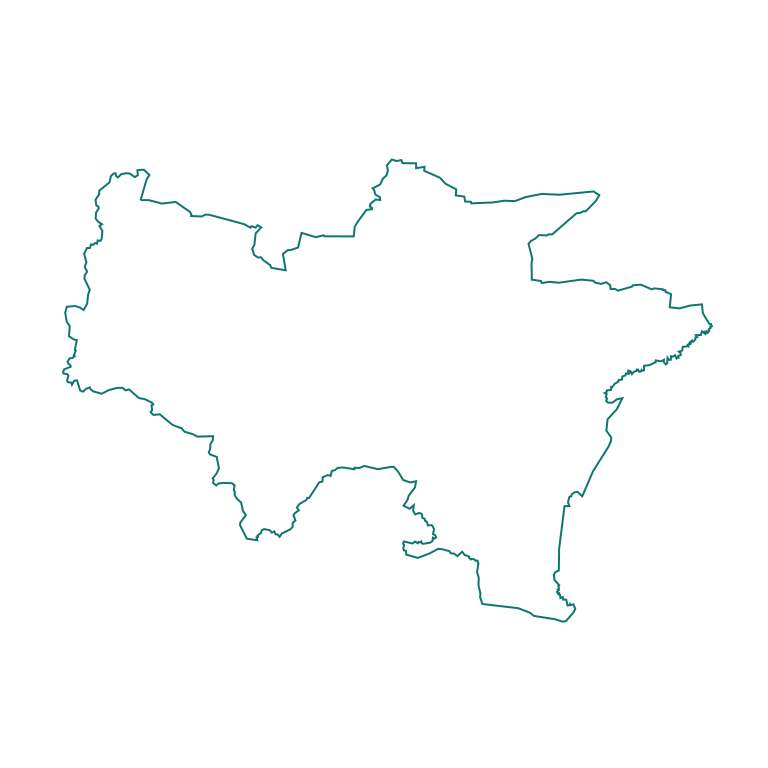 the district of Taphan Hin, Phichit, Thailand, rotated 4°
{"feature_id": "78962969B26930516350058", "entity_name": "Taphan Hin", "entity_type": "district", "adm_level": 2, "iso_a3": "THA", "parent_name": "Thailand", "parent_adm1": "Phichit", "projection": "mercator", "projection_center": [100.432, 16.199], "detail": "fine", "context": "isolated", "style": "outline", "palette": "teal", "viewbox_px": 768, "rotation_deg": 4, "n_neighbors": 0, "source": "geoboundaries", "source_scale": "gbopen_adm2", "svg_char_len": 6094}
<svg xmlns="http://www.w3.org/2000/svg" viewBox="0 0 768 768"><g transform="rotate(4 384 384)"><path d="M590.5,595.0L588.3,590.6L585.6,591.5L584.9,590.5L584.3,591.8L582.6,592.2L580.8,586.4L577.7,586.6L577.1,584.1L574.9,585.3L574.3,582.0L573.0,581.8L573.2,580.4L572.0,580.7L571.1,579.3L572.6,577.7L571.7,576.9L572.9,576.1L572.0,573.3L572.8,572.5L567.8,567.7L566.7,562.2L568.1,559.7L571.4,557.8L570.2,536.2L572.6,493.3L577.4,492.8L575.8,489.0L576.8,483.8L578.7,482.8L578.9,481.1L581.7,478.7L584.6,478.1L589.6,482.2L598.7,456.2L612.2,431.1L614.5,424.9L614.4,421.5L609.1,415.0L609.5,403.6L617.9,393.1L622.8,381.5L617.4,383.0L613.2,386.7L608.7,386.9L606.7,385.2L607.6,382.9L606.1,381.8L606.9,378.6L604.8,377.6L606.7,376.4L607.0,374.7L610.7,374.2L610.9,371.1L611.7,371.5L614.0,367.8L617.7,365.2L617.8,363.6L621.2,363.0L621.2,359.9L624.2,358.6L624.7,356.6L627.6,356.8L628.1,355.5L626.7,354.7L626.8,353.6L629.2,354.2L630.7,356.8L632.4,354.3L635.2,353.2L635.2,351.9L636.4,351.9L637.7,353.9L639.4,353.6L640.0,352.0L640.9,352.7L642.5,352.2L642.1,347.7L647.4,346.7L653.4,343.3L653.5,341.5L658.7,342.1L661.6,340.3L661.5,342.5L663.8,344.8L665.1,343.5L665.0,338.2L666.3,339.9L668.4,339.8L668.5,336.2L670.1,336.6L672.3,335.0L674.1,338.1L674.9,337.0L675.9,337.3L675.7,335.3L678.1,334.3L677.8,332.5L675.9,331.2L679.2,329.8L679.4,326.1L683.8,325.3L684.0,324.4L685.0,325.1L684.8,323.4L687.1,322.7L687.2,321.5L685.9,321.8L686.5,320.6L688.2,319.3L688.4,320.3L689.7,320.2L691.5,317.8L691.5,315.7L693.1,315.4L691.7,313.5L696.6,313.0L697.5,309.3L701.2,311.7L701.8,310.4L700.4,309.4L702.5,308.9L703.4,310.3L704.8,308.0L704.1,306.7L706.0,305.2L705.5,304.0L707.0,303.5L706.0,301.3L704.3,301.3L698.4,293.0L697.0,290.5L695.6,282.4L683.8,284.4L673.7,287.9L663.7,287.6L664.1,274.3L658.4,272.4L658.2,270.9L655.6,270.8L655.4,270.0L646.7,269.8L644.5,270.9L633.4,267.0L625.3,268.2L624.5,269.6L610.7,274.6L608.0,273.1L603.5,273.5L602.7,269.6L598.6,267.0L593.6,269.0L587.2,268.0L585.7,266.4L573.4,266.1L551.3,270.8L542.1,270.5L535.2,272.1L534.0,272.0L533.5,270.3L524.2,269.6L522.8,254.0L523.2,248.7L518.4,234.1L520.4,231.2L524.5,228.6L528.3,224.6L535.9,224.5L538.0,223.2L541.4,223.0L564.2,200.2L568.0,199.5L571.3,197.6L573.2,197.7L582.4,186.9L585.6,180.6L579.6,177.3L546.3,182.9L528.1,183.4L512.1,187.7L502.0,192.4L490.9,192.8L480.0,195.3L458.5,197.7L458.0,196.2L452.2,196.3L451.1,191.5L442.5,190.8L442.5,184.8L431.7,180.1L425.3,174.3L409.2,168.5L409.3,164.5L401.0,166.5L400.6,161.6L387.2,162.4L385.7,159.4L381.0,160.7L376.1,159.5L371.7,165.8L373.0,170.9L372.0,175.6L368.5,179.3L366.2,185.3L359.0,189.6L360.5,190.9L362.2,195.6L367.0,198.1L367.4,200.7L362.7,200.6L357.9,205.2L357.5,207.9L359.7,209.2L359.8,210.4L354.3,211.6L346.6,223.7L343.8,229.4L343.5,238.9L314.2,240.8L313.4,239.9L305.7,242.3L291.2,239.0L288.7,253.9L281.0,257.1L278.7,257.1L274.1,261.4L278.0,277.4L263.5,276.0L262.2,273.4L254.9,268.9L252.7,266.2L249.3,266.6L245.4,264.2L243.1,258.3L245.0,254.0L245.5,242.6L250.6,236.3L246.8,234.4L245.0,237.0L240.8,235.8L239.8,237.4L233.4,234.3L197.4,227.3L194.0,227.5L190.4,229.6L179.9,229.9L180.0,228.2L178.2,225.7L163.4,216.9L150.0,219.5L136.7,217.0L129.4,217.5L128.5,216.9L133.0,196.2L135.4,191.9L129.5,187.0L123.1,187.9L123.9,192.9L120.9,195.0L115.9,191.8L112.1,191.7L107.3,193.0L104.2,196.5L102.2,195.2L101.4,192.5L99.4,193.1L97.1,195.6L96.1,202.0L86.5,211.0L86.6,214.6L83.4,220.3L84.5,225.8L86.8,227.0L87.1,228.9L84.8,233.1L84.8,239.1L88.0,242.4L91.6,244.3L89.1,246.1L92.4,251.0L92.2,259.1L91.0,261.1L88.4,260.7L87.9,264.0L85.8,263.6L83.9,265.6L82.1,265.1L81.0,269.0L78.3,269.0L75.7,275.0L78.7,283.3L77.3,288.1L80.0,292.7L77.9,296.5L77.8,299.8L83.9,310.5L82.6,315.6L82.3,324.6L79.1,331.2L75.8,329.1L70.5,327.7L62.2,329.1L61.0,335.0L63.1,343.7L66.5,348.2L66.4,358.3L71.6,361.3L74.5,361.6L73.2,371.5L74.2,372.2L72.6,377.0L73.6,377.7L71.3,379.9L68.7,380.3L66.7,383.7L67.6,385.7L70.0,387.3L70.2,388.7L64.1,391.6L63.0,394.4L63.5,395.9L67.2,396.2L68.6,397.6L67.6,402.3L68.4,404.2L72.0,404.4L72.8,406.5L74.7,402.4L77.5,401.8L81.4,411.7L84.4,412.6L86.9,409.7L90.7,407.9L91.8,409.9L94.7,411.7L103.1,413.4L110.0,409.2L118.1,406.5L123.6,406.1L126.7,408.4L130.1,407.2L140.6,415.2L146.1,415.7L153.9,418.9L155.2,420.5L153.6,421.5L154.5,426.2L153.2,428.5L156.1,430.9L162.5,429.9L175.9,439.6L185.2,442.3L188.3,445.5L197.2,447.5L201.5,449.5L217.1,448.0L217.1,452.1L215.0,456.1L215.1,461.0L214.0,464.4L215.2,466.3L222.2,468.4L225.2,479.7L223.2,485.0L219.7,490.1L220.8,491.7L220.3,494.5L223.7,496.9L225.9,494.8L230.1,493.9L239.3,493.6L242.0,495.4L241.6,500.6L242.8,502.3L242.7,505.1L245.0,508.5L249.7,512.2L252.2,520.5L255.4,524.4L250.3,532.3L250.3,535.1L258.0,547.9L268.5,548.7L267.5,545.8L269.0,545.2L268.4,544.1L271.7,541.1L272.3,538.4L274.5,537.1L280.2,537.8L282.4,540.1L284.9,538.7L286.3,541.5L288.2,541.5L290.5,543.7L292.5,540.3L300.7,535.5L302.9,532.8L302.6,528.9L305.2,526.3L302.9,521.3L303.7,519.4L307.8,516.0L305.7,513.3L307.9,509.7L314.8,505.0L315.4,502.9L317.2,503.0L326.2,486.7L329.3,485.7L329.4,481.2L334.3,478.8L337.2,479.4L338.0,474.4L341.2,473.3L343.5,471.0L348.5,470.1L360.5,471.1L360.5,469.6L365.4,469.5L369.9,467.1L383.8,469.4L398.1,465.9L400.1,466.4L404.8,471.2L409.7,478.4L417.1,480.4L422.8,478.8L422.1,485.1L416.4,493.8L415.6,497.9L412.0,504.1L418.4,506.7L422.1,502.8L422.0,508.7L424.2,511.9L428.3,510.1L430.8,511.1L431.7,515.0L433.8,515.4L434.5,517.7L436.3,518.3L437.5,521.9L441.6,521.5L442.7,522.8L444.1,525.5L443.3,530.2L445.6,531.3L446.7,533.3L445.4,534.6L443.5,533.9L443.4,537.1L441.2,539.0L434.3,540.7L433.0,540.4L432.1,538.4L430.9,539.5L429.4,539.3L428.9,540.5L425.8,539.0L423.7,541.1L414.8,539.7L414.1,542.0L415.3,543.2L414.7,546.6L415.4,548.5L417.6,549.0L418.1,552.7L430.0,555.1L441.2,549.9L449.5,544.7L453.1,544.7L461.0,546.2L462.2,548.1L466.0,548.4L469.2,550.6L473.7,545.9L476.2,548.8L481.0,550.2L481.0,551.5L482.9,553.0L484.0,552.2L486.9,552.9L487.6,554.0L489.7,553.7L490.7,556.7L489.9,565.0L492.0,570.5L492.3,578.1L494.8,586.4L494.7,589.8L497.5,596.6L533.6,598.3L545.3,601.9L549.8,604.9L571.6,606.8L578.7,608.6L582.0,607.9L589.0,598.6L590.5,595.0Z" fill="none" stroke="#0f766e" stroke-width="2"/></g></svg>